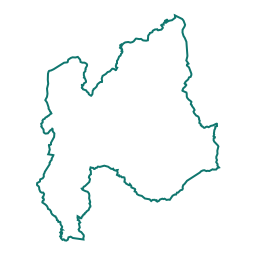 Laclubar, Manatuto, East Timor (Albers equal-area conic projection)
{"feature_id": "22284137B50587397066696", "entity_name": "Laclubar", "entity_type": "district", "adm_level": 2, "iso_a3": "TLS", "parent_name": "East Timor", "parent_adm1": "Manatuto", "projection": "albers", "projection_center": [125.895, -8.747], "detail": "fine", "context": "isolated", "style": "outline", "palette": "teal", "viewbox_px": 256, "rotation_deg": 0, "n_neighbors": 0, "source": "geoboundaries", "source_scale": "gbopen_adm2", "svg_char_len": 5677}
<svg xmlns="http://www.w3.org/2000/svg" viewBox="0 0 256 256"><path d="M194.6,110.0L193.8,108.4L192.1,106.2L191.8,105.1L190.9,104.5L190.8,104.0L191.4,101.9L190.6,101.0L188.8,99.7L187.4,98.1L186.8,96.8L186.7,93.6L186.4,92.5L182.5,90.8L182.4,90.5L183.2,88.4L185.2,86.6L186.3,85.0L186.0,84.4L185.4,84.4L184.6,83.5L185.6,81.7L188.2,79.4L189.0,77.4L190.6,76.9L191.4,74.9L191.3,73.5L189.0,67.4L186.9,65.5L187.0,64.5L188.5,63.7L186.3,60.5L187.3,56.7L187.4,55.6L186.4,41.8L184.8,38.0L183.5,35.9L182.5,32.5L182.6,29.7L184.6,26.4L185.1,24.8L183.5,20.6L182.2,19.0L174.9,15.4L175.2,17.7L172.0,20.2L169.4,20.7L168.1,21.3L167.5,20.8L167.2,19.8L167.0,19.7L165.1,20.7L165.2,21.1L166.4,21.4L166.7,22.2L165.9,22.8L164.5,22.2L163.7,23.2L163.6,24.7L162.2,24.5L161.2,25.2L162.8,27.4L162.8,27.9L161.4,29.6L158.1,30.3L157.7,30.1L157.3,29.3L154.9,29.5L152.8,30.7L152.5,31.8L151.9,32.4L149.9,33.0L149.7,33.7L148.2,35.6L147.9,40.3L146.1,40.7L143.1,40.4L141.0,38.9L139.3,39.1L136.4,38.6L135.8,38.7L133.7,41.3L132.4,42.1L130.4,42.6L128.2,42.0L125.2,42.4L123.4,43.5L121.9,45.3L121.4,44.4L120.2,45.2L120.2,45.8L121.4,46.7L121.3,47.2L120.2,47.5L120.0,47.8L120.9,48.6L121.8,48.8L122.1,49.5L122.2,49.9L121.5,51.1L122.4,51.5L122.2,52.6L121.0,54.0L120.6,55.5L119.1,56.6L118.0,59.5L117.0,60.9L117.0,63.4L116.4,63.8L115.8,66.0L116.1,67.3L117.2,67.7L116.0,70.0L115.5,70.1L115.0,69.5L113.5,68.8L112.3,68.7L109.8,71.4L107.6,72.1L105.8,74.0L102.6,75.9L101.7,78.7L102.1,80.8L101.9,82.0L100.4,82.0L99.0,83.0L97.5,84.3L96.6,86.6L94.9,88.3L93.7,89.0L93.7,89.5L92.8,90.5L92.4,94.1L91.3,95.7L90.7,95.6L88.8,94.2L88.4,92.8L86.9,91.7L86.2,90.4L83.0,89.3L82.7,88.4L82.0,88.1L81.8,87.6L82.5,85.8L81.9,85.4L81.9,85.0L83.3,85.2L83.9,83.4L85.9,82.2L86.0,81.8L86.0,81.0L84.8,78.1L83.9,77.6L84.3,76.6L83.8,75.2L83.9,72.7L85.4,71.1L85.3,70.0L85.8,69.1L85.5,68.4L87.0,65.8L87.1,64.8L86.6,63.8L84.7,62.7L82.4,62.7L80.6,62.0L80.1,59.6L77.8,56.9L75.4,57.5L72.6,57.3L70.9,57.9L68.3,59.6L67.6,62.1L67.1,62.4L64.1,62.7L53.7,69.2L51.2,70.4L49.1,70.9L48.5,71.8L48.0,73.7L47.8,79.7L48.2,83.8L47.0,88.7L47.5,93.7L47.0,96.8L45.3,100.1L47.0,102.5L48.6,107.4L48.6,108.7L49.7,110.4L50.1,111.6L50.8,112.1L51.4,113.5L49.9,114.4L48.7,115.7L47.5,116.2L47.3,116.7L45.4,117.6L44.7,118.8L43.1,119.5L42.4,120.8L42.7,121.6L42.6,122.5L41.2,123.7L41.7,126.1L41.3,126.6L43.5,129.5L43.8,132.4L44.6,133.2L45.7,133.6L47.9,133.3L50.2,130.4L51.7,129.4L52.2,128.7L52.6,129.0L52.7,131.3L54.4,133.4L54.1,137.0L50.9,142.9L51.0,144.4L49.9,145.1L49.0,145.0L48.9,145.4L49.8,149.7L49.2,151.3L49.2,152.1L48.2,154.3L53.4,155.1L53.3,155.6L51.6,158.8L51.7,159.8L50.2,161.5L50.0,162.4L49.5,162.9L49.7,164.2L44.8,171.8L44.5,173.0L43.7,174.4L43.8,176.7L42.7,178.3L40.2,179.4L39.9,181.5L37.2,183.0L37.0,184.5L37.2,185.3L38.4,186.1L39.1,187.2L39.3,189.4L40.3,191.7L41.6,192.6L43.2,192.6L44.1,194.0L43.6,195.9L43.0,196.5L42.5,197.5L42.8,198.2L43.5,198.3L43.9,199.5L43.6,200.5L42.8,200.8L42.3,202.1L42.4,202.5L45.4,204.5L46.9,206.0L47.7,207.5L48.0,208.9L49.8,209.7L51.1,211.6L51.1,212.6L52.2,214.4L54.0,215.8L55.6,216.5L55.6,217.2L56.7,218.3L56.9,220.1L58.0,220.5L58.2,221.8L58.8,222.0L60.0,221.8L60.4,222.2L60.6,224.5L62.1,226.6L62.1,227.3L61.2,228.8L62.1,229.5L61.4,229.5L61.1,229.8L61.6,230.8L60.2,232.5L60.5,232.8L61.6,231.9L62.2,232.8L62.1,233.2L61.1,233.3L61.8,234.1L61.6,234.5L60.9,234.1L60.8,235.5L60.1,236.4L60.4,236.8L61.3,236.9L61.0,238.2L62.3,239.7L62.7,239.9L63.7,239.3L64.4,239.7L64.9,240.4L66.4,240.6L67.8,239.7L68.5,237.3L70.7,236.7L72.8,238.0L83.5,239.5L83.3,238.0L83.8,236.5L83.7,235.1L81.3,232.1L79.4,231.2L78.6,229.5L79.8,227.5L78.9,223.7L80.2,222.5L79.9,222.1L79.5,222.0L79.2,220.5L77.8,220.0L78.0,219.4L77.5,217.7L77.6,216.2L79.0,217.0L80.0,218.2L81.3,218.2L81.4,217.3L82.4,216.5L82.5,215.9L83.8,214.3L84.4,214.3L85.1,212.9L86.1,212.3L86.6,211.4L88.6,210.0L89.7,207.3L90.4,206.7L90.4,205.7L89.4,203.4L90.0,203.0L90.2,202.0L89.1,198.3L89.4,195.7L89.0,193.5L87.7,191.8L85.4,191.1L82.5,189.7L81.8,188.6L83.0,188.3L83.7,186.7L84.9,186.2L89.3,182.0L90.0,179.1L88.9,177.5L89.1,176.3L90.1,174.8L90.9,174.3L90.8,170.9L90.0,169.7L90.6,167.4L91.9,167.8L93.1,167.9L94.1,169.0L94.7,168.9L95.8,167.9L96.8,167.8L97.9,166.6L99.9,166.9L104.3,165.7L108.1,166.7L110.9,168.7L112.2,169.0L113.2,168.7L113.6,169.8L115.3,170.5L116.1,170.6L116.6,170.1L117.6,170.0L117.2,171.1L117.7,172.9L116.9,174.9L117.5,175.3L119.1,175.3L119.1,176.2L119.5,176.5L121.0,176.3L121.9,177.3L123.5,177.2L124.4,177.5L124.8,179.5L124.4,181.8L125.3,182.4L126.1,183.6L128.8,185.1L129.4,185.2L129.9,184.1L131.2,185.8L131.4,187.4L134.9,188.9L135.2,189.6L134.6,191.4L136.2,192.1L137.1,194.2L138.9,195.2L141.8,195.9L144.9,198.5L149.6,199.3L151.2,201.0L152.6,199.9L154.8,199.8L155.6,200.5L156.5,200.2L156.8,201.3L157.3,201.6L159.0,200.8L160.0,199.5L162.3,198.7L163.3,199.1L164.6,198.7L166.5,199.9L168.6,199.6L169.8,199.8L172.6,195.7L174.8,194.5L176.0,194.6L177.0,192.6L178.1,192.6L180.4,190.3L182.3,189.7L182.8,188.6L182.6,187.1L183.2,185.2L184.7,183.8L187.0,180.8L199.9,172.5L200.9,171.4L202.7,170.5L204.2,170.2L206.4,171.1L207.3,170.8L209.4,171.0L212.6,169.3L213.7,169.6L216.2,169.5L217.4,168.0L219.0,167.5L217.4,165.6L217.6,164.2L216.2,162.1L217.0,160.0L216.3,158.3L216.3,156.8L217.5,153.8L217.3,150.8L218.4,146.4L217.8,145.4L214.2,141.6L213.6,140.2L213.7,138.2L214.8,137.7L214.9,137.1L213.5,136.1L214.2,134.5L213.9,133.7L214.4,130.0L215.2,128.5L215.3,126.8L217.0,126.1L216.9,123.8L216.4,123.7L213.0,125.4L210.8,125.9L208.7,127.2L207.0,126.6L206.0,126.9L204.7,127.8L203.8,127.7L202.7,126.6L201.8,126.3L201.5,125.4L200.8,125.3L200.7,124.1L199.3,122.9L199.7,120.6L199.1,119.7L199.1,118.5L198.6,117.1L197.7,116.2L196.2,115.6L194.0,112.9L193.5,111.6L194.6,110.0Z" fill="none" stroke="#0f766e" stroke-width="2"/></svg>